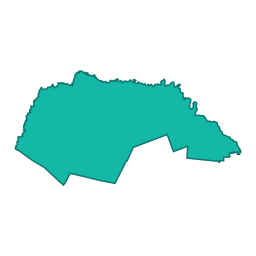 the district of Acuña, Coahuila, Mexico
{"feature_id": "50627088B18038735195258", "entity_name": "Acuña", "entity_type": "district", "adm_level": 2, "iso_a3": "MEX", "parent_name": "Mexico", "parent_adm1": "Coahuila", "projection": "albers", "projection_center": [-102.149, 29.425], "detail": "fine", "context": "isolated", "style": "filled", "palette": "teal", "viewbox_px": 256, "rotation_deg": 0, "n_neighbors": 0, "source": "geoboundaries", "source_scale": "gbopen_adm2", "svg_char_len": 5605}
<svg xmlns="http://www.w3.org/2000/svg" viewBox="0 0 256 256"><path d="M187.0,158.1L218.9,161.4L219.5,163.0L219.5,160.7L223.7,160.7L223.7,157.1L229.4,157.0L229.4,156.4L229.9,156.4L229.1,154.2L229.8,153.7L229.8,153.4L230.1,152.6L231.0,152.5L231.2,152.9L231.8,152.5L231.9,153.1L232.8,153.1L232.8,152.7L233.9,152.7L233.9,152.3L235.7,152.3L237.3,152.0L237.3,154.2L239.5,154.4L239.5,152.8L240.6,152.6L240.6,150.6L240.5,150.4L239.7,150.7L239.6,150.4L239.5,149.6L239.8,149.0L239.3,148.6L237.6,145.6L237.1,145.2L237.0,143.2L236.4,142.0L235.6,141.7L235.2,141.8L234.9,141.7L234.2,141.3L234.0,140.9L233.0,140.6L232.8,139.8L231.8,139.7L230.5,138.9L230.1,137.6L229.4,137.0L227.8,137.1L227.0,136.6L226.8,136.1L224.5,135.2L223.4,134.9L222.8,134.5L222.4,133.8L222.4,133.0L221.9,131.9L219.8,129.8L219.6,129.3L219.7,128.4L219.1,126.9L217.6,125.5L217.3,123.0L217.0,122.6L214.2,121.5L213.6,121.5L211.4,121.9L210.9,121.8L209.6,121.1L208.2,121.5L207.7,121.4L206.1,119.5L204.5,116.7L203.5,115.9L197.9,115.3L195.8,115.6L195.3,115.3L195.2,114.4L195.5,112.9L195.9,111.8L197.1,109.9L196.1,105.3L196.6,103.7L196.4,102.8L196.0,102.4L195.0,101.9L194.5,101.9L194.1,102.2L193.0,103.6L193.4,105.6L193.2,107.3L191.8,109.2L191.3,109.2L190.7,108.7L189.8,107.6L189.5,105.0L189.7,103.6L190.8,101.0L190.7,99.3L188.8,98.1L186.8,98.3L185.8,97.9L185.5,98.2L184.8,99.6L184.5,99.8L184.2,99.7L183.9,98.8L183.8,97.4L182.8,96.1L183.2,94.1L183.1,93.4L182.6,92.9L181.1,92.3L180.1,91.5L180.0,91.0L180.3,89.7L180.2,88.8L179.8,88.5L178.9,88.2L178.2,87.5L178.2,86.7L179.7,85.9L180.0,85.4L180.0,84.8L179.6,84.3L179.1,84.3L178.3,84.7L175.8,86.9L174.7,87.0L174.3,86.6L174.1,85.2L173.8,84.4L174.0,82.7L173.6,82.2L172.8,82.1L171.2,82.8L170.4,84.0L168.7,85.3L166.8,85.2L165.6,86.0L165.0,86.1L164.6,85.7L164.8,83.6L164.7,82.5L165.1,81.1L164.5,79.7L164.1,79.3L163.2,80.3L162.7,80.7L161.9,80.7L161.4,81.2L160.8,82.3L161.0,82.8L161.1,84.0L160.8,84.7L158.6,84.4L157.6,84.0L156.3,84.6L155.1,84.5L154.5,85.2L154.4,85.9L153.3,86.6L152.4,86.1L152.1,85.2L151.6,85.0L151.4,84.5L150.3,84.8L150.0,85.2L149.8,85.8L149.2,85.8L148.6,84.8L148.3,84.5L147.4,85.2L146.1,85.7L145.8,85.4L145.1,83.9L144.6,83.9L143.9,84.5L143.4,84.5L142.9,84.3L142.6,83.5L141.2,83.7L139.0,82.3L138.3,82.2L137.9,82.4L137.8,83.2L137.5,83.5L135.8,83.4L135.0,82.9L134.7,81.9L134.8,81.6L135.6,81.0L135.9,80.4L134.3,79.5L133.8,79.6L133.5,80.0L133.6,80.6L134.2,81.9L134.1,82.3L133.7,82.5L132.4,81.9L131.2,80.6L131.0,80.1L130.5,80.0L130.2,80.1L129.0,81.2L128.1,81.7L127.5,81.5L127.1,81.8L126.2,81.2L124.1,81.2L123.7,81.5L122.9,82.7L122.2,83.1L121.7,82.7L121.8,81.8L121.5,81.0L120.4,80.8L119.5,81.5L119.1,81.5L118.5,81.0L118.3,80.2L118.3,79.8L118.1,79.4L117.2,79.0L116.5,79.1L116.3,79.7L116.5,80.2L116.2,81.1L115.8,81.3L115.4,81.2L115.1,80.3L114.8,80.2L112.9,81.3L112.6,81.2L112.1,80.6L111.5,80.7L110.6,80.4L110.3,80.6L110.0,81.1L110.3,82.0L110.0,82.2L109.5,82.2L109.1,82.8L108.9,82.8L108.5,82.6L106.6,82.7L106.3,82.4L106.1,81.9L105.6,81.8L105.4,81.6L104.2,82.1L103.5,81.7L102.7,82.0L102.3,81.8L101.9,81.9L101.7,81.4L101.8,80.9L101.5,80.6L101.0,80.7L100.4,81.2L98.9,80.5L98.2,79.6L97.1,79.2L96.9,78.6L96.3,77.7L94.9,77.7L94.8,77.1L95.1,76.4L95.1,75.9L94.7,75.2L94.1,74.9L93.7,75.1L93.4,76.1L93.1,76.4L92.7,76.3L92.0,75.6L91.6,75.4L90.2,75.9L89.3,74.9L87.9,74.9L87.8,74.5L88.0,73.5L87.7,72.9L87.3,73.0L87.0,74.3L86.1,74.3L85.7,74.0L86.0,73.0L85.6,72.5L85.2,72.4L84.5,73.0L83.9,73.1L83.2,72.0L82.3,71.7L81.8,71.2L80.6,71.3L80.1,70.9L79.5,71.1L79.1,71.7L79.4,72.7L79.3,72.9L78.3,73.1L78.2,72.4L77.3,72.3L77.1,72.8L76.4,73.1L76.2,74.3L75.3,74.7L74.8,75.2L75.0,76.4L75.0,77.0L74.2,78.3L73.8,79.9L73.4,80.9L73.4,82.2L72.0,83.2L72.3,83.7L72.6,84.6L72.3,85.8L72.0,85.7L71.5,84.8L71.0,84.7L70.4,85.3L69.9,85.4L69.6,84.9L68.5,84.7L67.2,83.8L66.7,84.3L65.7,83.7L64.6,84.1L64.1,83.2L63.7,83.0L63.3,83.3L63.0,83.9L62.1,83.9L62.0,83.7L62.0,83.0L61.4,82.6L60.1,83.3L58.1,82.9L57.9,83.3L58.0,83.6L58.9,84.2L58.5,85.2L56.2,86.5L55.5,87.4L54.8,87.9L54.0,87.3L54.0,86.6L53.1,84.9L52.8,84.5L52.5,84.4L51.9,85.1L52.1,86.2L52.0,86.5L51.4,86.5L50.3,87.3L49.4,87.0L48.7,87.1L48.3,87.4L47.8,87.4L46.7,88.9L45.8,89.1L44.2,89.2L42.6,89.0L41.8,88.5L41.7,87.6L41.0,87.9L40.7,88.2L40.2,89.8L39.8,90.0L39.6,90.6L39.2,90.6L39.4,92.7L38.4,93.7L38.3,95.2L38.9,96.3L38.6,96.9L37.8,97.0L37.2,97.6L36.8,98.6L36.2,99.1L35.7,99.5L35.4,99.5L35.6,99.8L35.4,100.5L34.9,100.8L34.1,100.7L34.1,101.0L33.7,101.4L33.6,102.1L33.9,102.7L34.0,103.5L33.9,105.1L33.6,105.6L33.8,106.2L33.1,106.8L31.6,106.1L31.0,106.2L30.7,106.5L31.4,108.5L30.9,109.4L30.5,109.2L30.1,109.3L30.1,110.1L29.6,110.8L29.7,111.5L29.9,112.0L30.4,112.4L29.7,112.5L29.3,113.1L28.2,113.0L27.9,113.5L28.1,113.9L28.0,114.3L27.5,114.7L27.3,115.1L26.3,115.6L26.3,116.0L26.5,116.5L26.4,117.9L26.7,118.3L26.4,119.1L27.1,120.2L26.7,120.4L25.9,120.4L25.6,120.6L25.4,121.5L25.6,122.0L24.7,122.9L24.4,123.7L24.5,124.4L25.0,124.6L23.8,125.4L23.8,126.6L23.6,126.9L24.2,128.8L23.5,129.7L23.5,129.9L24.2,130.0L24.3,130.7L25.1,130.5L25.7,130.7L25.7,130.9L25.4,131.4L25.0,131.2L24.3,131.3L23.5,132.4L23.4,133.6L22.6,133.8L22.2,134.2L22.1,135.3L22.7,135.7L22.8,136.1L20.3,137.0L19.1,136.9L18.6,136.6L17.9,137.4L18.3,138.3L18.2,139.3L17.8,140.2L17.8,140.9L17.4,141.5L17.5,142.0L16.9,142.3L16.8,142.5L17.2,143.1L17.4,144.4L17.1,145.0L16.5,145.4L16.2,145.9L15.7,146.1L15.7,146.5L16.2,147.3L15.4,148.3L15.4,148.7L15.7,149.2L16.4,149.2L17.4,150.3L18.2,150.2L18.8,150.5L31.8,160.0L44.2,167.4L63.4,185.1L64.9,183.2L70.2,173.3L99.4,180.3L114.9,183.4L124.4,164.8L124.2,164.8L126.2,160.9L127.0,161.0L133.2,147.4L167.2,134.5L173.5,151.6L187.7,146.2L187.0,158.1Z" fill="#14b8a6" stroke="#0f766e" stroke-width="1.5"/></svg>